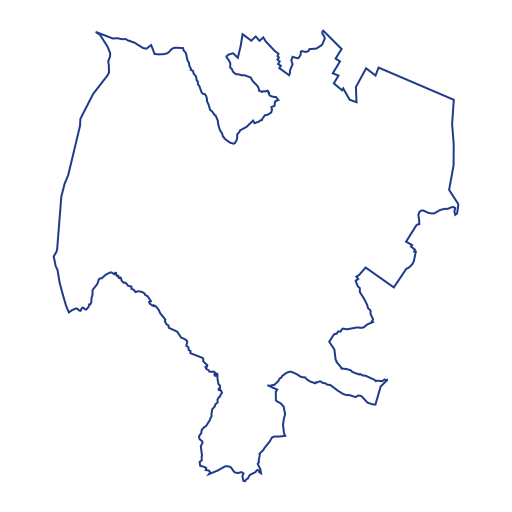 outline of Xaltocan, Tlaxcala, Mexico
{"feature_id": "50627088B23292319838140", "entity_name": "Xaltocan", "entity_type": "district", "adm_level": 2, "iso_a3": "MEX", "parent_name": "Mexico", "parent_adm1": "Tlaxcala", "projection": "orthographic", "projection_center": [-98.236, 19.419], "detail": "fine", "context": "isolated", "style": "outline", "palette": "blue", "viewbox_px": 512, "rotation_deg": 0, "n_neighbors": 0, "source": "geoboundaries", "source_scale": "gbopen_adm2", "svg_char_len": 5953}
<svg xmlns="http://www.w3.org/2000/svg" viewBox="0 0 512 512"><path d="M453.8,99.8L378.6,67.6L375.5,75.5L366.1,68.3L355.9,87.1L356.5,102.2L349.6,99.7L343.2,88.4L342.1,90.3L333.8,83.4L338.5,75.6L332.8,73.3L340.0,61.4L335.6,58.6L341.6,49.0L323.3,30.7L322.4,31.7L322.3,32.7L322.6,34.1L324.1,36.1L324.8,38.5L322.2,44.5L321.3,45.4L316.3,48.6L309.5,49.1L308.4,51.0L306.8,51.7L305.5,51.9L301.8,51.1L300.9,51.6L300.5,55.1L298.8,57.7L297.7,58.3L292.6,56.8L291.3,60.5L292.6,64.3L290.0,70.4L290.0,72.8L289.1,75.2L279.3,68.1L280.8,65.8L278.1,64.0L279.7,61.3L277.4,59.6L278.9,57.5L277.5,56.1L278.5,53.8L274.7,50.9L265.8,41.5L263.3,37.4L259.6,40.8L255.7,36.5L251.3,40.7L242.6,34.2L240.6,46.3L237.8,57.8L233.1,53.3L228.5,54.6L226.5,56.4L226.7,57.5L228.7,60.0L230.3,63.2L230.2,67.7L231.9,69.1L233.1,71.9L235.9,74.2L238.5,74.3L242.1,75.4L242.8,75.1L245.0,75.4L250.7,77.5L252.7,81.1L257.6,86.1L258.7,88.4L259.1,90.7L262.1,91.9L263.0,91.3L264.9,91.4L267.7,90.7L268.2,91.2L268.2,92.4L269.1,92.8L269.0,94.4L270.2,95.8L273.5,96.9L275.9,97.0L278.3,100.0L275.1,101.4L274.5,105.9L271.4,107.0L272.0,109.8L271.2,112.5L267.6,114.8L265.0,115.2L262.4,118.7L261.8,120.2L260.5,120.3L259.1,121.5L254.5,123.2L253.1,120.6L246.5,126.9L240.1,130.3L239.4,131.9L237.2,134.4L237.2,137.5L236.6,140.2L234.8,143.2L233.6,143.7L229.9,142.6L224.5,138.6L224.0,137.4L223.2,136.9L221.9,133.1L220.0,130.3L218.2,124.5L217.8,120.6L215.5,115.4L214.7,115.1L212.1,111.4L210.1,109.9L208.9,105.4L206.8,100.7L207.1,99.7L206.2,96.1L204.8,94.1L202.5,93.6L201.7,92.6L199.3,86.0L197.9,84.3L198.0,82.1L196.6,80.0L196.1,76.6L193.7,73.7L193.1,71.3L192.6,70.6L190.8,70.0L190.9,68.7L189.3,65.6L189.0,62.7L187.5,60.5L185.9,53.0L183.7,50.5L183.0,48.1L175.5,47.7L173.2,48.2L171.5,49.2L169.0,52.0L167.0,53.4L164.0,54.1L159.1,54.4L154.6,54.0L151.2,45.1L146.4,48.7L143.0,48.0L133.9,42.3L132.1,42.0L129.9,40.8L128.5,40.8L125.8,39.1L121.3,39.1L117.5,38.2L112.8,38.5L95.7,31.9L100.0,34.8L107.4,46.4L109.7,51.9L110.2,53.5L110.0,56.6L108.2,61.5L108.8,65.0L109.0,72.6L107.5,75.4L93.1,94.0L80.4,118.8L80.0,125.9L68.2,175.2L64.6,183.7L61.3,196.7L57.1,249.7L56.3,252.1L53.7,256.4L55.7,266.3L57.5,269.8L59.5,282.0L62.7,294.2L66.0,305.5L68.1,310.7L68.9,312.4L72.1,310.1L76.2,308.4L77.5,308.9L79.1,310.5L80.5,310.8L82.0,307.9L82.9,307.6L85.5,309.5L86.2,309.5L88.6,306.9L89.2,304.4L90.3,304.4L91.3,302.3L91.5,298.1L92.5,294.9L92.5,290.8L92.8,289.7L97.4,283.8L98.8,279.5L99.6,278.6L101.6,278.3L105.9,274.6L110.5,272.4L111.4,272.4L114.7,274.4L115.2,274.3L115.3,272.8L116.0,272.9L116.7,275.5L117.7,276.4L117.8,275.8L118.3,275.9L118.8,277.9L119.7,278.2L120.4,277.6L120.9,278.0L121.8,281.0L124.0,282.9L124.7,282.5L126.4,283.4L127.8,285.6L131.5,286.7L131.5,288.9L133.9,289.8L135.5,292.1L137.7,291.3L139.7,291.4L142.1,292.0L144.7,293.6L145.3,295.1L147.6,296.2L150.9,301.2L149.1,302.0L149.7,303.6L153.0,305.9L153.8,306.1L153.9,305.4L156.0,306.4L158.9,310.2L160.2,313.2L165.4,319.7L164.8,321.1L166.6,324.4L168.5,325.4L168.8,327.8L177.1,331.6L181.2,337.6L184.7,339.1L186.9,340.7L187.2,342.0L186.3,345.8L188.3,347.2L188.8,350.1L190.5,351.0L190.4,353.2L202.8,358.0L203.2,358.7L203.2,361.3L207.3,365.2L207.0,366.6L205.5,366.8L206.3,369.0L208.3,370.0L209.3,371.5L211.1,371.9L213.7,371.6L214.4,372.0L214.9,372.6L214.4,374.3L214.6,375.3L215.3,375.9L215.9,375.9L216.2,373.5L217.4,374.0L217.6,379.7L218.5,384.3L219.8,385.3L220.0,386.9L220.1,388.9L218.8,388.7L218.6,389.5L219.0,390.1L221.1,390.6L222.0,392.8L220.8,394.4L219.7,397.0L218.6,397.5L217.5,399.6L217.6,402.6L215.4,404.2L214.9,406.2L212.2,409.3L211.5,413.5L211.5,416.5L210.3,418.3L210.1,419.7L206.0,426.1L204.1,427.3L201.8,429.7L201.2,433.3L199.3,435.7L199.0,436.9L199.6,439.2L202.3,441.4L202.6,442.4L200.8,446.3L202.0,455.7L201.7,456.6L201.7,460.4L199.6,462.0L200.2,465.8L204.3,466.9L206.3,468.1L205.7,470.1L208.6,470.5L209.8,471.5L210.0,472.8L209.0,474.1L217.6,470.6L224.8,466.5L226.6,466.2L229.5,466.6L231.2,467.7L233.9,471.6L235.2,472.6L238.3,473.0L241.4,472.1L243.5,473.4L242.4,476.2L243.4,480.8L244.9,481.3L246.5,479.2L247.7,478.6L249.9,474.9L255.5,472.1L256.7,470.4L257.7,470.0L258.9,470.6L259.2,472.0L261.0,473.3L260.4,469.4L257.7,463.8L259.0,462.1L258.6,461.0L259.8,454.8L259.5,453.7L263.3,450.0L264.6,447.8L269.8,441.4L272.1,437.3L274.6,436.5L279.9,436.5L285.2,435.8L284.0,433.2L283.0,425.1L283.8,419.1L285.1,414.1L283.6,406.5L280.5,403.2L276.8,401.3L275.9,400.1L275.8,391.8L277.2,389.6L267.4,385.2L270.1,386.0L271.7,385.2L274.3,384.9L278.4,381.0L279.6,378.6L281.3,377.5L282.2,376.0L286.7,372.7L290.1,371.6L291.6,371.9L296.6,374.1L301.1,377.0L305.3,377.5L306.9,379.4L310.1,381.5L315.3,383.3L316.1,382.2L316.9,382.5L319.7,381.3L321.1,381.6L322.6,382.9L325.1,383.2L327.4,384.7L330.3,385.0L337.6,390.5L343.0,393.9L346.8,395.2L349.2,395.0L355.5,397.1L358.3,395.5L360.4,395.8L361.7,396.4L367.4,402.5L372.2,404.3L375.4,404.6L380.7,386.4L387.1,380.2L387.0,379.8L386.3,380.1L384.4,379.5L382.4,381.1L376.7,380.7L375.9,381.2L374.1,379.6L365.7,375.8L362.3,375.3L360.0,374.0L359.1,374.5L352.4,372.0L350.7,370.3L346.4,369.0L341.4,368.5L341.3,367.6L336.4,361.8L336.4,360.7L335.6,359.6L334.4,349.6L329.2,341.7L333.9,334.5L335.0,333.8L336.6,333.8L338.1,331.5L340.7,331.5L341.5,329.8L342.8,328.6L347.0,329.3L357.3,327.4L361.5,327.9L364.0,327.2L367.3,324.4L372.9,322.1L371.9,321.3L373.0,319.8L372.9,318.9L370.5,313.9L370.7,311.8L370.3,310.3L368.0,308.1L367.1,304.7L363.7,298.1L359.9,292.2L359.8,288.1L357.9,286.4L356.2,282.5L355.7,280.7L358.2,279.0L356.4,276.7L359.1,275.0L365.6,267.5L393.8,287.4L406.4,268.7L408.6,267.8L410.6,266.0L412.6,263.8L413.9,261.0L415.8,251.7L414.2,251.6L415.0,249.7L411.0,246.6L412.1,245.1L406.1,241.7L416.3,225.4L417.5,224.5L419.3,224.2L419.1,219.5L418.3,215.1L419.5,211.8L421.4,210.5L423.4,210.5L427.9,212.7L430.9,213.4L434.2,213.4L440.1,210.0L444.5,208.9L447.9,208.8L451.0,207.4L453.4,207.0L455.2,208.0L454.4,211.3L455.2,214.8L457.1,213.4L458.3,205.1L458.1,203.8L449.1,189.9L453.6,165.2L453.7,144.0L452.1,123.9L453.8,99.8Z" fill="none" stroke="#1e3a8a" stroke-width="2"/></svg>